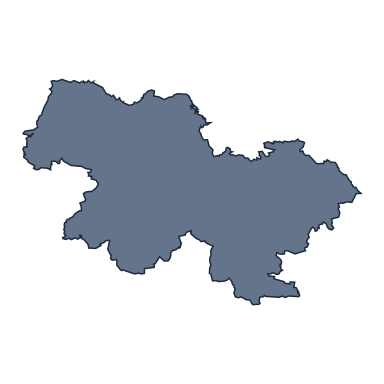 Ballymote-Tobercurry Lea-7, Sligo, Ireland
{"feature_id": "5873133B63806445794843", "entity_name": "Ballymote-Tobercurry Lea-7", "entity_type": "district", "adm_level": 2, "iso_a3": "IRL", "parent_name": "Ireland", "parent_adm1": "Sligo", "projection": "albers", "projection_center": [-8.685, 54.105], "detail": "fine", "context": "isolated", "style": "filled", "palette": "slate", "viewbox_px": 384, "rotation_deg": 0, "n_neighbors": 0, "source": "geoboundaries", "source_scale": "gbopen_adm2", "svg_char_len": 5927}
<svg xmlns="http://www.w3.org/2000/svg" viewBox="0 0 384 384"><path d="M298.0,139.1L294.7,141.4L291.9,141.0L289.2,142.0L284.5,141.2L282.6,142.2L282.7,142.8L279.4,141.4L277.7,142.2L275.8,141.3L273.8,141.5L273.8,143.5L273.1,143.9L272.1,142.8L271.1,143.3L268.4,141.8L264.2,143.1L263.8,143.4L265.1,146.5L264.4,146.7L264.7,147.7L274.7,149.9L273.3,150.7L273.3,151.8L268.4,153.0L269.2,154.4L269.2,155.7L268.0,156.4L265.5,156.4L262.3,151.4L258.7,151.8L259.5,153.9L259.3,155.6L261.0,157.1L260.3,159.2L256.9,157.7L256.8,160.1L253.7,159.2L252.8,160.5L250.6,161.3L247.9,158.1L244.9,158.1L243.0,155.4L238.6,154.9L235.7,155.9L232.4,154.7L230.8,155.1L229.3,153.6L232.2,151.9L230.7,151.8L230.2,148.9L227.7,147.3L226.0,148.3L226.3,149.2L225.4,151.5L222.8,152.9L221.7,154.7L219.5,155.0L219.3,156.1L217.5,155.6L214.1,156.6L212.2,153.7L213.0,149.9L209.1,146.0L207.5,139.8L203.4,139.8L200.7,134.5L201.0,134.0L199.2,131.5L199.8,128.0L200.9,127.4L201.0,126.3L201.9,127.7L202.9,127.2L204.1,125.0L207.0,125.0L210.5,122.7L205.7,123.0L205.5,118.9L204.9,119.2L204.9,118.4L203.8,117.6L203.1,118.4L202.7,117.3L203.1,118.2L203.3,117.5L202.4,117.1L203.0,116.5L202.1,115.7L197.5,114.2L198.4,111.6L196.3,111.2L195.9,112.6L194.6,113.8L195.2,112.9L195.2,110.9L197.7,109.7L193.2,108.6L192.1,107.3L191.3,108.1L191.6,107.0L190.3,106.3L192.0,105.2L193.0,106.2L192.5,104.5L194.0,105.8L193.2,105.6L193.1,106.8L195.7,106.7L197.0,108.8L197.5,108.2L193.5,104.8L191.9,102.5L191.6,100.7L190.1,99.6L190.1,98.2L188.9,96.1L186.6,94.3L177.4,93.7L173.9,95.1L172.7,96.8L168.9,97.3L164.2,99.6L158.8,96.8L153.8,96.1L154.4,90.9L151.5,90.0L147.8,91.2L145.4,93.9L143.9,94.3L143.1,96.4L143.5,97.4L142.0,97.8L142.5,98.2L141.4,98.8L140.9,100.5L136.9,102.8L134.3,102.2L133.5,104.2L129.5,105.4L123.5,102.8L123.5,102.1L123.1,102.6L120.2,100.0L119.4,97.1L119.2,98.9L116.3,99.8L114.1,96.2L113.2,96.1L113.7,96.0L113.3,95.3L111.6,96.6L109.3,94.7L106.2,93.7L102.6,87.6L93.4,82.9L93.0,82.4L93.5,81.6L91.0,82.9L88.4,80.5L86.7,82.4L84.6,82.1L83.9,83.5L84.2,82.4L83.3,81.0L79.4,82.8L74.0,80.6L70.3,82.4L62.0,79.4L57.2,81.3L52.7,80.6L51.2,81.4L52.6,85.3L51.6,87.9L49.6,89.0L51.5,90.7L51.8,92.8L48.4,96.8L48.0,99.9L44.2,107.0L41.3,115.1L39.5,116.2L38.3,118.8L38.4,119.9L36.9,121.1L36.8,124.2L36.2,124.1L37.1,124.2L37.6,127.3L33.6,129.8L25.0,131.2L23.3,133.0L23.3,134.0L31.3,135.7L32.4,133.6L34.1,133.8L32.7,133.8L30.6,136.8L28.7,136.3L26.1,138.6L27.1,141.2L26.6,144.6L27.3,146.7L24.0,147.1L23.0,149.0L23.5,151.0L24.6,152.4L23.9,153.2L25.5,154.7L24.0,155.0L23.8,157.3L27.3,159.9L28.2,162.1L34.5,165.7L34.7,166.6L33.5,168.2L35.6,169.6L38.9,169.5L40.8,167.7L47.1,168.2L50.4,169.7L50.1,168.9L50.6,168.8L50.8,165.3L52.0,164.4L51.3,162.9L51.8,161.4L55.7,161.2L58.1,163.6L59.0,163.6L60.0,162.6L59.3,161.0L62.0,158.2L63.3,161.0L70.8,165.4L82.0,166.5L85.6,168.6L91.5,169.6L90.5,172.3L87.9,172.3L88.9,175.3L88.5,176.0L91.9,176.5L91.1,178.3L91.4,179.0L95.9,180.0L97.8,183.1L98.3,184.3L96.0,188.1L91.9,191.3L86.1,191.9L83.5,193.5L84.1,196.2L85.6,198.8L85.1,201.1L79.9,203.1L81.2,206.4L81.5,210.6L79.4,210.8L75.4,213.4L72.3,217.3L70.3,217.8L69.0,219.4L67.4,219.3L66.2,220.8L66.4,222.2L64.7,222.7L64.3,224.3L64.5,228.3L63.7,229.5L64.7,231.1L64.0,233.6L65.9,235.3L65.0,235.8L65.0,236.8L62.8,237.4L63.0,238.6L65.6,239.4L69.0,238.3L71.3,239.6L75.1,237.8L77.7,239.2L80.2,237.6L80.5,236.8L79.6,235.4L80.7,235.2L81.5,235.9L81.6,238.4L83.7,239.5L87.9,244.0L88.8,248.1L95.7,248.4L101.0,245.5L100.0,244.1L104.3,242.4L105.6,240.7L109.7,240.3L107.8,249.4L110.5,254.7L111.4,255.0L110.6,258.5L112.0,260.2L116.4,259.6L116.9,260.7L116.8,265.1L119.9,269.1L121.4,270.6L122.8,269.9L134.6,273.9L138.3,273.2L141.6,273.9L144.4,273.4L144.4,269.3L144.9,268.6L154.1,267.4L154.4,266.3L153.7,264.1L155.1,263.8L159.6,256.8L164.2,261.0L168.1,260.9L169.8,258.6L170.8,255.6L170.6,253.2L172.5,250.6L175.8,249.9L179.1,247.0L179.4,248.1L180.1,247.6L181.4,242.9L180.5,241.8L178.9,236.3L185.1,235.1L186.2,232.4L191.0,230.8L191.6,231.7L190.7,232.7L191.0,234.0L196.6,238.7L199.1,239.6L201.0,241.6L204.9,241.0L204.9,241.8L207.9,243.9L213.2,246.1L210.8,250.3L211.0,255.4L209.8,258.1L209.7,260.4L210.8,265.6L209.8,267.5L209.4,273.2L210.9,274.1L212.5,280.8L216.6,280.7L218.4,281.6L224.2,281.1L227.1,280.1L229.1,278.2L231.6,281.3L232.6,284.6L234.4,286.3L234.1,287.3L235.1,289.0L233.9,292.9L235.4,296.9L238.6,297.7L241.3,296.9L246.1,299.7L249.7,300.0L252.6,304.6L258.9,304.3L260.0,303.3L259.1,300.7L259.8,297.2L263.1,296.8L264.6,295.4L265.6,296.4L279.4,297.3L281.8,296.1L285.4,297.4L288.6,296.0L298.5,296.7L299.6,295.8L299.3,294.2L298.6,293.7L298.8,292.8L297.8,292.8L297.7,291.2L298.2,291.2L296.2,287.7L293.8,287.3L294.7,282.2L290.1,282.0L289.9,283.9L284.6,283.2L284.2,281.7L274.3,278.9L274.0,278.3L274.6,276.6L268.6,275.8L267.7,273.9L270.5,273.9L272.8,272.8L276.8,274.4L278.8,274.1L280.1,271.7L282.5,270.2L280.8,269.2L280.8,266.1L279.6,265.9L280.3,264.3L281.2,264.2L281.6,261.9L280.5,259.4L276.0,255.5L277.0,252.5L279.1,253.9L282.3,254.3L284.6,253.7L284.2,252.5L284.9,250.9L287.9,250.8L295.0,253.9L305.5,250.7L304.6,248.9L304.8,247.8L307.0,247.1L308.6,243.6L306.5,242.4L307.3,239.5L309.2,237.3L308.2,234.9L309.7,231.3L312.5,227.1L314.3,228.2L315.2,231.2L317.1,230.6L317.7,228.1L319.2,228.3L318.7,225.9L319.8,224.5L322.5,224.0L323.2,222.0L326.1,223.7L327.5,227.3L328.9,228.9L331.8,230.0L333.7,228.0L331.5,224.7L332.3,222.7L331.5,219.0L338.6,217.1L339.8,213.1L338.1,208.0L339.4,207.2L339.3,206.4L338.1,203.9L341.5,202.9L343.3,203.3L346.8,201.8L351.8,202.4L356.3,193.6L361.0,193.4L357.8,190.6L355.8,187.3L354.3,187.5L353.1,186.5L353.1,185.7L351.4,184.0L351.1,181.7L349.4,180.6L346.1,174.8L343.5,174.5L339.2,170.8L338.7,168.0L337.4,167.2L337.5,165.8L335.2,162.4L331.4,162.3L327.0,159.8L326.2,161.4L323.9,161.2L324.1,163.0L323.7,163.4L316.7,163.8L309.0,155.4L305.5,155.4L303.9,154.0L303.0,151.3L302.2,150.7L300.4,151.8L299.7,150.7L299.8,149.8L303.0,147.2L304.5,142.9L303.8,142.0L298.9,140.9L298.0,139.1Z" fill="#64748b" stroke="#1e293b" stroke-width="1.5"/></svg>